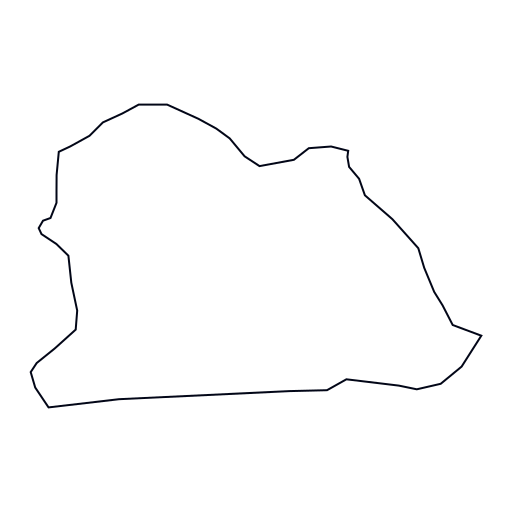 outline of Västerås, Västmanland, Sweden
{"feature_id": "70781695B76106000376718", "entity_name": "Västerås", "entity_type": "district", "adm_level": 2, "iso_a3": "SWE", "parent_name": "Sweden", "parent_adm1": "Västmanland", "projection": "equal_earth", "projection_center": [16.566, 59.665], "detail": "fine", "context": "isolated", "style": "outline", "palette": "ink", "viewbox_px": 512, "rotation_deg": 0, "n_neighbors": 0, "source": "geoboundaries", "source_scale": "gbopen_adm2", "svg_char_len": 766}
<svg xmlns="http://www.w3.org/2000/svg" viewBox="0 0 512 512"><path d="M348.2,150.8L331.1,146.5L308.8,148.2L293.9,159.8L259.5,166.1L244.6,156.3L229.7,138.4L216.3,128.6L198.4,118.8L167.1,104.6L138.7,104.6L122.3,113.5L102.9,122.4L89.5,135.8L70.1,146.5L58.8,151.8L56.6,175.0L56.5,191.1L56.5,202.8L50.5,218.0L43.0,220.7L38.7,228.1L41.5,234.1L56.4,244.0L68.4,255.7L71.3,282.7L77.2,310.6L75.7,329.6L54.7,348.5L36.7,363.0L30.7,372.1L35.2,387.5L48.2,406.9L48.6,407.4L119.0,399.2L289.6,391.1L327.0,390.2L329.7,388.7L346.4,379.3L398.8,385.6L416.8,389.3L440.7,383.8L461.6,366.6L481.3,335.7L452.7,325.0L442.6,305.4L434.2,291.9L424.2,267.8L418.3,248.2L392.4,219.2L364.9,195.3L359.1,178.8L349.1,166.9L347.4,156.9L348.2,150.8Z" fill="none" stroke="#020617" stroke-width="2"/></svg>